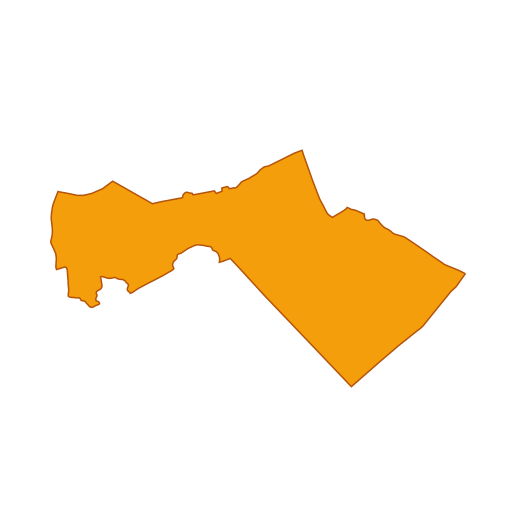 Rach Gia, Kiên Giang, Vietnam (Natural Earth projection), rotated 100°
{"feature_id": "81297802B54016933640468", "entity_name": "Rach Gia", "entity_type": "district", "adm_level": 2, "iso_a3": "VNM", "parent_name": "Vietnam", "parent_adm1": "Kiên Giang", "projection": "natural_earth1", "projection_center": [105.109, 10.025], "detail": "fine", "context": "isolated", "style": "filled", "palette": "amber", "viewbox_px": 512, "rotation_deg": 100, "n_neighbors": 0, "source": "geoboundaries", "source_scale": "gbopen_adm2", "svg_char_len": 4012}
<svg xmlns="http://www.w3.org/2000/svg" viewBox="0 0 512 512"><g transform="rotate(100 256 256)"><path d="M226.9,462.2L239.2,464.6L243.4,465.0L245.0,464.9L249.6,464.8L254.7,464.2L259.6,462.7L265.4,461.1L269.8,460.4L273.0,460.4L275.2,460.6L277.7,460.6L279.8,459.6L283.9,456.6L288.7,453.5L293.2,452.2L301.6,451.2L302.2,450.9L304.0,450.1L300.0,442.3L300.4,440.7L301.7,439.9L303.1,439.3L308.0,438.1L312.4,436.9L316.3,436.1L319.1,435.3L321.8,434.6L324.3,434.3L326.2,434.3L328.1,433.9L328.5,433.3L328.7,432.6L328.8,431.7L328.8,430.7L328.7,429.5L328.5,428.0L328.5,426.6L328.4,425.4L328.0,423.7L328.0,422.5L328.3,422.0L328.6,421.6L329.3,421.2L330.1,420.5L330.2,420.1L330.2,417.2L330.4,416.5L331.3,415.4L332.2,414.5L333.2,413.0L334.7,411.3L335.1,410.1L335.1,409.0L334.8,407.9L333.7,406.5L332.6,405.1L331.9,404.1L331.5,403.1L330.7,402.2L330.2,401.8L329.6,401.9L329.1,402.3L328.6,402.9L328.0,404.5L327.7,405.6L327.1,406.1L326.1,406.3L324.8,406.2L323.3,405.7L322.4,405.7L321.6,406.0L320.5,406.9L319.5,407.0L318.7,406.7L317.8,406.0L316.9,404.9L315.8,403.6L315.0,402.9L314.1,402.7L313.2,402.4L312.4,402.4L311.4,402.7L309.6,403.3L308.0,403.9L306.5,404.4L303.5,405.5L303.1,404.7L303.0,403.6L303.2,401.6L303.5,399.2L303.6,398.0L303.5,396.3L302.8,394.1L301.9,392.2L301.7,391.0L301.7,390.2L302.3,388.9L302.5,387.9L302.6,386.9L302.6,385.6L302.4,384.2L302.3,383.4L302.6,382.3L303.0,381.2L303.1,380.8L304.7,379.1L306.0,377.0L307.2,376.5L309.8,377.0L311.4,377.0L312.3,376.4L313.1,375.4L313.8,373.8L314.3,373.3L314.5,373.3L314.0,372.3L313.2,371.2L311.4,369.4L308.3,366.1L305.5,362.6L300.6,356.3L297.2,351.7L291.6,344.4L284.6,336.1L283.7,335.4L283.3,334.9L282.6,334.7L281.6,335.4L280.5,336.0L279.4,336.6L278.2,336.6L276.7,336.5L275.6,335.9L273.8,334.7L272.6,333.8L272.1,333.6L271.2,333.6L270.0,333.7L268.6,333.6L267.9,333.1L267.5,332.7L267.2,332.2L266.9,331.4L266.5,330.6L265.9,329.9L265.6,329.6L260.3,324.1L256.5,318.6L255.6,316.9L255.1,315.0L254.7,309.9L254.9,305.7L254.7,302.9L254.8,302.2L255.4,301.4L255.9,300.8L257.3,300.0L257.9,299.3L258.1,298.4L258.3,296.5L259.1,295.2L259.8,294.2L260.9,293.3L264.0,291.6L266.6,291.1L268.6,291.0L266.7,287.3L264.2,283.1L263.0,281.0L262.9,280.9L270.4,270.8L282.5,255.1L294.6,239.3L296.4,236.8L334.2,185.4L365.4,143.1L368.1,139.4L362.0,134.5L339.8,116.7L319.5,100.0L307.8,89.7L301.9,84.5L298.7,81.5L295.6,79.2L289.0,75.6L281.6,71.5L277.8,69.4L257.0,57.8L251.7,53.7L245.8,50.9L240.3,48.3L237.7,47.0L237.2,47.0L236.8,47.7L235.9,50.6L234.6,55.2L233.4,61.0L232.4,65.7L231.6,69.0L229.5,73.4L226.9,79.2L226.3,80.6L222.4,88.8L216.2,102.5L213.6,108.3L211.9,112.2L211.3,114.4L210.9,118.3L210.4,123.0L209.6,125.5L208.4,127.3L207.0,130.1L206.2,133.0L205.6,134.6L204.8,136.0L202.6,139.1L200.9,140.9L199.9,142.1L199.5,143.1L199.3,144.2L199.2,145.2L199.2,146.5L199.5,148.0L200.5,149.8L201.1,150.9L201.4,151.9L201.5,152.4L201.5,153.2L201.2,154.3L200.1,155.4L197.7,156.2L196.6,156.4L195.5,157.0L195.7,157.4L195.8,157.8L195.7,158.1L195.2,159.3L194.9,160.7L194.4,163.1L193.9,164.7L193.7,166.2L193.6,167.3L193.5,170.8L193.0,172.2L192.7,173.2L192.5,174.0L192.4,174.7L193.8,175.4L195.0,176.5L196.8,178.3L197.3,178.8L198.1,179.8L199.2,181.0L200.0,182.0L201.3,183.6L204.7,187.4L204.0,188.9L203.5,190.3L203.2,191.0L201.9,192.9L199.5,195.0L195.9,197.6L190.1,202.2L188.5,203.4L171.3,213.7L148.8,226.4L143.9,229.0L148.0,236.0L153.4,243.3L165.2,259.3L166.2,261.9L166.9,263.5L170.1,266.5L171.6,267.6L172.5,268.1L173.7,268.8L175.2,270.0L176.4,271.4L179.0,274.4L180.9,276.5L184.1,281.3L185.6,283.2L187.9,284.5L191.0,286.5L192.2,287.7L192.8,288.8L192.7,289.8L193.7,292.0L194.3,294.0L193.8,294.6L193.0,295.3L192.6,296.3L194.7,301.1L195.0,301.4L196.0,301.2L198.1,300.7L201.3,306.0L199.1,308.3L206.7,328.5L205.6,329.4L205.3,329.9L205.4,331.4L205.5,332.5L205.2,334.4L205.3,335.5L205.8,336.6L207.1,337.6L208.3,338.4L211.2,338.5L211.5,338.9L218.7,358.1L222.5,367.1L207.2,410.1L216.4,418.8L222.9,428.6L226.3,436.5L226.3,436.8L227.3,442.3L227.0,452.9L227.0,459.5L226.9,462.2Z" fill="#f59e0b" stroke="#b45309" stroke-width="1.5"/></g></svg>